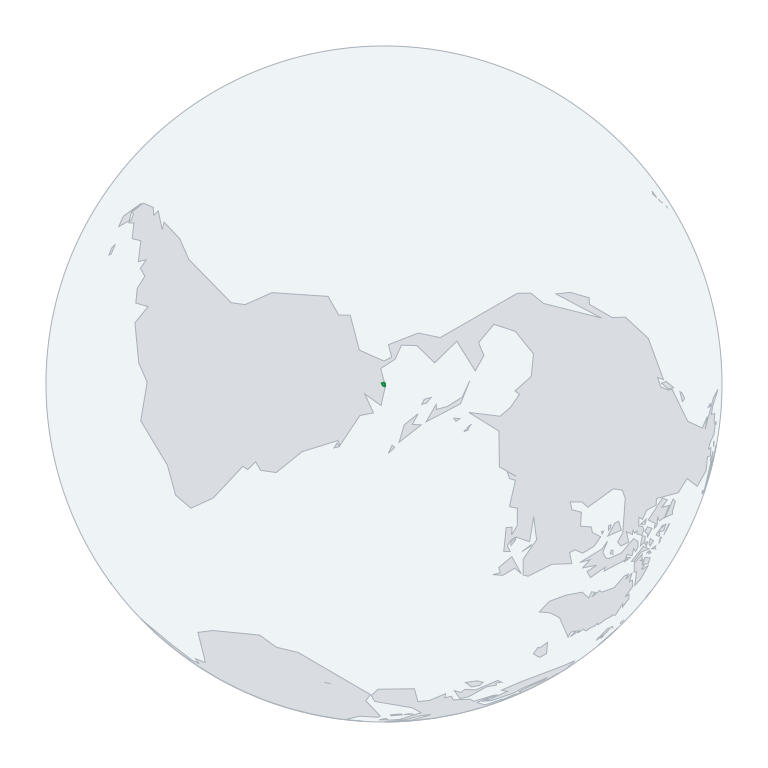 the Earth from above Atlántico, rotated 127°
{"feature_id": "COL-1412", "entity_name": "Atlántico", "entity_type": "Department", "adm_level": 1, "iso_a3": "COL", "parent_name": "Colombia", "parent_adm1": "", "projection": "orthographic", "projection_center": [-75.051, 10.678], "detail": "fine", "context": "on_globe", "style": "filled", "palette": "green", "viewbox_px": 768, "rotation_deg": 127, "n_neighbors": 0, "source": "natural_earth", "source_scale": "10m", "svg_char_len": 8853}
<svg xmlns="http://www.w3.org/2000/svg" viewBox="0 0 768 768"><g transform="rotate(127 384 384)"><circle cx="384" cy="384" r="338" fill="#eef3f6" stroke="#a8b0b8"/><path d="M365.7,397.8L357.8,394.1L349.9,404.1L322.7,387.3L313.2,367.1L231.2,332.0L223.1,321.5L223.6,305.0L200.4,249.9L208.6,300.8L198.7,290.4L191.7,272.0L196.8,267.9L193.6,241.8L185.4,231.5L188.5,200.3L212.3,163.5L214.3,169.5L219.8,161.0L217.7,153.4L214.9,150.7L231.0,119.0L227.6,103.3L215.4,106.3L226.8,100.3L196.3,112.8L187.3,114.1L204.3,108.0L211.3,104.1L208.6,102.1L215.2,97.8L217.6,94.8L225.8,90.2L235.0,88.2L240.5,85.6L238.2,84.5L245.0,80.0L247.4,81.9L259.4,74.6L277.2,72.3L277.1,85.0L293.7,83.6L311.6,97.5L316.8,93.8L326.9,98.2L336.5,96.0L337.1,100.2L344.3,95.0L342.0,91.6L344.4,88.5L349.8,87.2L351.5,91.9L349.0,93.3L352.4,94.1L350.9,97.2L354.7,95.0L356.1,101.6L362.9,93.4L370.8,97.3L369.5,102.3L359.0,103.8L330.0,122.6L325.4,129.9L329.6,137.7L359.7,147.0L359.1,155.0L366.1,164.3L371.3,158.3L367.7,149.2L379.2,141.5L373.4,132.3L377.2,128.3L375.6,119.0L387.3,118.6L399.6,123.6L401.5,131.6L406.9,134.4L414.4,125.9L426.9,141.4L450.8,153.2L452.8,158.0L440.0,167.4L416.5,168.4L399.9,184.6L422.3,172.8L426.9,186.7L432.5,188.9L439.0,188.0L441.8,182.4L445.8,187.5L425.2,200.0L421.3,195.5L427.8,191.3L416.8,192.4L403.0,202.7L406.4,210.0L381.8,221.1L384.0,226.8L379.8,233.0L378.1,222.9L380.8,241.9L352.4,263.9L355.6,299.0L339.9,271.9L326.6,268.9L310.6,269.6L310.8,275.2L289.4,270.9L270.0,282.7L262.9,310.6L270.2,332.2L294.0,333.4L301.1,321.4L318.6,319.0L306.0,351.6L336.6,356.3L333.5,380.8L342.4,393.4L357.7,390.1L373.6,396.0L384.8,381.6L403.0,373.5L403.5,393.4L413.4,375.0L423.7,384.3L459.6,382.2L457.0,386.8L487.3,408.7L519.6,416.8L527.2,430.6L523.3,439.7L534.4,441.4L534.6,447.2L577.9,451.8L599.4,463.5L598.2,483.4L579.2,508.1L559.8,556.1L525.1,574.2L514.7,592.6L485.0,619.7L464.2,619.0L468.7,630.9L455.9,638.7L441.9,639.8L438.3,648.1L427.9,648.6L434.0,653.8L415.9,664.5L419.5,672.6L406.0,680.5L408.8,684.9L404.1,684.8L398.9,686.5L398.1,688.9L384.4,684.9L381.8,674.7L387.7,669.4L381.6,668.4L394.2,654.1L387.1,657.0L390.9,634.5L402.0,614.8L411.1,555.0L404.2,542.7L378.5,528.5L347.7,481.4L356.2,461.7L349.4,452.4L371.8,424.1L365.7,397.8ZM68.6,286.0L71.1,278.4L70.6,283.6L68.6,286.0ZM72.0,273.5L71.2,276.1L71.7,273.9L72.0,273.5ZM71.9,271.7L71.9,273.0L71.6,272.3L71.9,271.7ZM71.5,270.3L71.8,270.8L71.7,271.0L71.5,270.3ZM353.8,311.0L388.8,327.6L369.0,330.0L372.8,326.8L363.9,319.9L347.4,313.6L330.0,317.4L353.8,311.0ZM71.9,265.9L72.1,264.6L72.7,264.2L71.9,265.9ZM369.4,291.3L363.3,290.1L369.3,289.9L369.4,291.3ZM212.6,150.4L216.9,153.9L216.4,162.8L212.1,160.2L212.6,150.4ZM214.6,135.3L218.5,135.1L212.0,143.1L211.8,140.7L214.6,135.3ZM205.2,110.1L207.5,111.1L203.0,111.8L205.2,110.1ZM216.6,95.2L213.8,96.5L216.3,94.5L216.6,95.2ZM369.3,120.0L372.4,119.5L371.1,121.5L369.3,120.0ZM365.7,116.7L362.0,119.3L359.7,118.2L362.1,116.6L365.7,116.7ZM230.9,86.0L235.7,82.9L232.5,85.6L230.9,86.0ZM370.8,113.8L356.2,115.9L352.3,114.0L357.9,106.5L370.8,113.8ZM239.6,80.9L251.0,74.4L245.9,76.3L266.8,68.3L250.1,75.8L246.9,78.5L244.7,78.6L239.6,80.9ZM338.8,91.2L341.6,94.7L334.2,93.2L338.8,91.2ZM333.5,91.1L307.4,93.0L306.1,87.9L315.1,88.0L309.3,83.1L321.5,79.7L327.4,81.6L325.8,85.3L331.7,81.3L333.5,91.1ZM276.5,65.4L280.7,63.9L278.1,65.2L276.5,65.4ZM344.7,87.1L339.6,87.6L338.0,83.1L348.1,81.4L345.4,83.3L344.7,87.1ZM301.8,83.9L302.4,80.7L312.5,76.9L314.1,75.3L321.6,79.2L301.8,83.9ZM348.5,83.7L353.2,80.7L359.0,81.8L349.7,86.4L348.5,83.7ZM333.4,82.9L333.2,80.8L336.6,81.3L333.4,82.9ZM381.9,85.2L375.8,85.2L374.4,82.8L381.9,85.2ZM354.6,79.6L352.6,79.3L351.4,78.5L355.6,76.9L354.6,79.6ZM328.2,76.5L332.2,75.9L325.6,74.7L332.8,72.3L336.6,75.6L338.0,73.2L340.2,72.5L340.8,76.0L328.2,76.5ZM356.2,73.2L363.5,77.4L375.2,77.6L376.7,79.6L357.6,79.1L356.2,73.2ZM347.1,74.4L353.1,74.0L351.9,76.4L347.1,78.2L347.1,74.4ZM336.4,69.7L324.3,72.4L323.9,71.7L336.4,69.7ZM359.9,72.6L358.0,71.7L360.8,72.3L359.9,72.6ZM343.9,69.9L339.7,70.8L339.3,69.9L343.9,69.9ZM357.9,69.2L360.2,70.5L357.1,71.6L357.9,69.2ZM351.7,69.1L352.2,67.7L354.5,71.2L349.8,69.6L351.7,69.1ZM344.2,68.9L342.7,68.7L346.1,68.7L344.2,68.9ZM368.7,64.9L372.3,69.0L365.3,71.2L362.7,66.8L368.7,64.9ZM406.9,693.1L385.4,686.5L397.6,689.6L406.9,685.7L417.9,690.6L406.9,693.1ZM434.0,682.7L444.3,680.1L446.5,681.2L439.9,683.3L434.0,682.7ZM637.6,160.7L639.6,163.0L645.4,169.8L651.5,177.5L653.6,180.3L641.1,165.7L635.4,159.3L619.7,147.6L626.5,154.8L641.7,166.9L641.0,167.0L650.3,178.6L642.7,169.9L624.2,156.5L625.6,166.6L643.1,200.4L640.5,206.7L631.3,205.0L609.1,176.3L617.2,165.9L609.4,157.2L594.2,148.4L598.0,146.5L592.8,142.2L594.6,138.6L583.7,125.2L583.4,121.4L566.4,108.9L563.9,105.8L574.7,113.7L582.1,117.9L579.9,110.9L575.7,107.4L564.8,100.3L565.6,100.0L555.2,94.1L547.7,88.7L548.2,91.0L535.4,84.4L523.9,78.0L519.7,76.7L538.5,87.3L545.9,91.5L552.2,94.1L572.4,107.8L576.0,112.0L555.1,100.5L557.8,105.9L540.4,96.0L500.3,70.7L490.1,65.1L500.3,66.7L510.1,70.5L511.3,71.4L522.0,75.6L515.5,72.7L515.9,72.9L538.7,83.6L560.7,95.9L581.7,109.9L601.6,125.4L620.3,142.4L637.6,160.7ZM493.0,64.1L492.5,64.0L492.4,63.9L493.0,64.1ZM279.3,62.7L273.1,64.9L273.6,64.8L279.3,62.9L266.8,68.3L245.9,76.3L245.8,75.9L232.8,82.1L234.2,81.1L256.4,71.1L279.3,62.7ZM707.0,483.4L707.2,482.7L707.7,480.9L707.0,483.4ZM717.8,436.9L718.0,435.3L719.9,397.1L720.1,371.8L718.6,363.4L716.8,369.1L714.1,359.2L712.2,361.0L694.3,383.1L683.8,372.2L659.4,332.2L659.0,311.5L650.1,290.9L640.2,208.0L648.0,207.8L651.4,187.3L653.6,188.0L663.9,203.5L675.1,212.7L666.0,197.9L679.1,219.3L690.4,241.6L700.1,264.6L708.1,288.3L714.3,312.6L718.7,337.2L721.2,362.1L721.9,387.1L720.8,412.0L717.8,436.9ZM655.2,245.8L658.2,252.0L655.2,245.8ZM460.8,381.8L465.1,385.5L459.4,385.9L460.8,381.8ZM366.3,338.2L373.7,338.6L377.6,341.6L371.9,342.6L366.3,338.2ZM428.3,337.3L436.8,338.8L428.0,340.7L428.3,337.3ZM394.3,329.7L421.5,336.9L404.5,343.2L387.3,338.9L399.2,337.0L394.3,329.7ZM366.0,302.7L370.6,304.1L369.3,307.7L366.0,302.7ZM373.7,291.3L371.9,291.6L369.6,288.7L373.7,291.3ZM428.1,186.0L429.9,185.1L436.5,185.4L433.5,187.8L428.1,186.0ZM465.2,173.9L470.8,182.4L464.7,177.5L461.7,181.9L445.0,178.0L452.9,160.3L452.3,168.7L465.2,173.9ZM425.0,169.3L434.7,172.9L423.8,169.8L425.0,169.3ZM562.5,125.3L567.4,126.3L573.2,131.7L573.4,139.3L565.1,131.1L562.5,125.3ZM573.1,126.7L552.3,114.8L551.3,110.5L555.4,114.7L556.8,113.1L563.8,119.7L583.1,128.4L589.5,134.0L586.5,143.2L584.0,136.7L579.3,135.7L573.1,126.7ZM501.0,100.7L492.0,97.9L501.5,91.9L508.8,95.3L509.6,102.3L501.4,102.5L501.0,100.7ZM383.6,101.3L379.6,102.5L379.1,100.9L382.2,98.7L383.6,101.3ZM379.2,85.4L400.9,95.6L397.3,97.2L414.3,102.6L411.6,109.0L400.7,105.0L411.3,114.7L400.3,113.7L408.6,120.1L384.5,110.6L375.1,110.9L386.7,107.9L389.5,101.8L387.8,99.3L376.2,92.8L357.3,91.6L357.0,86.2L361.9,82.8L366.4,82.3L365.1,85.7L372.0,82.6L373.7,87.3L379.2,85.4ZM418.7,59.2L415.4,61.2L429.5,60.1L431.2,62.9L432.8,62.6L438.2,65.3L447.5,68.2L446.7,69.6L450.7,70.2L454.4,72.4L459.5,73.9L459.9,77.1L466.3,79.5L462.9,79.7L473.7,83.1L465.8,82.2L469.9,85.5L475.4,84.6L465.0,103.2L466.7,113.3L472.5,122.7L458.2,121.2L443.7,112.0L431.1,100.6L431.5,91.7L425.0,93.2L423.2,89.6L429.1,89.9L419.0,87.4L419.1,84.7L408.0,77.5L393.3,76.7L388.8,74.5L394.6,73.5L386.1,72.1L394.1,69.0L391.1,67.5L395.9,63.5L408.9,63.3L404.5,61.8L408.0,59.3L418.7,59.2ZM370.4,63.7L385.5,61.6L393.9,62.5L382.0,69.3L383.6,71.0L376.2,76.4L364.3,75.3L367.5,73.8L367.8,72.1L371.4,73.1L368.8,71.0L373.1,69.1L372.2,67.1L377.4,66.8L370.4,63.7ZM649.6,181.0L650.1,180.4L649.4,178.0L655.2,185.8L649.6,181.0ZM637.4,172.0L636.9,169.9L644.8,178.7L644.3,179.8L637.4,172.0ZM629.9,161.9L636.3,169.2L632.5,165.9L629.9,161.9ZM573.6,111.9L572.2,109.9L574.7,111.4L578.5,114.5L573.6,111.9ZM461.1,60.2L457.8,60.2L455.8,59.6L444.5,58.2L442.3,56.5L448.3,56.7L461.1,60.2ZM456.8,58.1L452.4,57.6L454.1,57.1L456.8,58.1ZM440.2,55.4L441.0,54.6L440.8,56.2L440.2,55.4ZM463.7,55.6L450.0,52.6L438.3,50.5L463.7,55.6ZM387.2,46.1L386.9,46.1L387.2,46.1ZM393.7,46.2L397.5,46.4L392.0,46.4L389.0,46.1L390.6,46.1L393.7,46.2ZM427.9,50.3L433.4,51.1L431.9,51.3L427.9,50.3ZM278.9,64.2L280.5,63.9L276.8,65.0L278.9,64.2ZM322.8,51.7L321.7,51.9L322.8,51.7Z" fill="#d9dde1" stroke="#a8b0b8" stroke-width="1"/><path d="M382.8,383.8L383.0,383.7L383.0,383.4L383.0,383.2L383.3,383.0L383.7,382.8L383.9,382.7L384.0,382.7L384.1,382.4L384.2,382.2L384.3,382.2L384.5,382.1L384.7,381.9L384.9,381.8L385.1,381.8L385.2,381.7L385.5,381.9L385.6,382.0L385.7,382.4L385.8,382.5L385.9,382.8L385.8,383.0L385.9,383.4L385.9,383.5L385.9,384.0L385.9,384.4L385.9,384.6L385.4,385.0L385.3,385.5L385.2,385.6L385.1,385.8L384.8,386.4L384.7,386.3L384.4,386.0L384.2,385.8L383.9,385.6L383.5,385.6L383.4,385.4L383.3,385.2L383.2,385.2L382.9,385.1L382.8,384.9L382.8,384.6L383.0,384.5L383.0,384.4L383.0,384.2L382.9,384.2L382.8,383.9L382.8,383.8Z" fill="#22c55e" stroke="#15803d" stroke-width="1.5"/></g></svg>